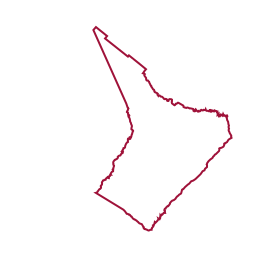 outline of San Javier, Córdoba, Argentina, rotated 38°
{"feature_id": "61730980B55835159827036", "entity_name": "San Javier", "entity_type": "district", "adm_level": 2, "iso_a3": "ARG", "parent_name": "Argentina", "parent_adm1": "Córdoba", "projection": "orthographic", "projection_center": [-65.109, -32.093], "detail": "fine", "context": "isolated", "style": "outline", "palette": "rose", "viewbox_px": 256, "rotation_deg": 38, "n_neighbors": 0, "source": "geoboundaries", "source_scale": "gbopen_adm2", "svg_char_len": 5835}
<svg xmlns="http://www.w3.org/2000/svg" viewBox="0 0 256 256"><g transform="rotate(38 128 128)"><path d="M215.6,72.2L215.2,72.0L215.2,71.6L214.5,71.2L214.0,70.4L211.3,69.4L210.5,68.8L209.9,68.6L209.0,68.1L208.4,67.4L208.0,66.3L207.2,65.9L206.3,64.8L206.1,64.0L204.7,63.1L203.1,61.5L201.3,60.7L199.7,59.3L199.3,59.2L199.1,58.7L199.2,57.8L199.0,57.5L198.3,57.1L197.5,58.0L197.5,58.6L196.4,58.6L196.3,59.0L196.2,59.2L195.4,58.7L195.1,58.8L194.5,58.5L194.8,59.2L194.8,59.7L194.5,59.5L194.4,59.2L194.2,59.2L194.1,59.6L193.7,59.7L193.6,59.9L194.0,60.3L193.7,60.7L193.3,60.7L192.7,60.5L192.3,60.5L192.2,60.8L192.4,60.7L192.8,60.9L193.2,61.2L193.2,61.5L192.9,61.7L193.2,62.1L193.2,62.3L192.8,62.6L192.3,62.4L192.3,62.8L191.3,62.5L191.0,62.1L190.7,62.2L190.5,61.7L190.4,62.1L190.3,61.9L190.1,61.9L189.9,61.6L189.3,61.2L188.9,60.5L188.6,60.2L188.3,60.5L188.1,60.1L187.7,60.5L187.0,60.3L186.3,60.8L185.5,60.8L185.5,61.1L185.6,61.5L185.6,62.0L184.9,62.2L184.0,62.0L183.8,62.3L183.9,63.2L183.6,63.9L183.3,64.1L182.5,63.0L182.3,62.8L182.0,62.9L181.3,63.5L181.4,63.9L181.9,64.2L182.0,64.4L181.9,64.6L181.5,65.0L180.2,65.4L179.3,66.1L178.5,66.0L177.7,65.5L177.9,66.2L177.8,66.4L177.0,66.9L176.4,67.1L176.3,67.4L176.2,68.1L174.5,68.6L174.4,68.9L174.6,69.9L174.5,70.3L173.4,71.7L173.0,71.2L172.6,71.9L171.8,72.1L169.8,71.6L169.8,71.9L170.6,73.3L170.4,73.7L169.8,74.1L168.9,74.1L168.1,73.0L167.6,72.9L165.2,74.0L164.4,74.7L163.9,74.7L162.4,75.2L162.0,75.5L161.5,76.4L160.7,76.6L159.8,77.1L158.7,77.2L158.2,76.5L157.7,76.3L152.2,77.1L151.7,77.4L151.4,78.9L150.8,79.3L150.7,79.6L150.9,80.2L150.9,80.9L150.7,81.4L150.3,81.5L147.5,81.5L146.4,80.6L146.3,80.0L145.2,78.6L144.4,78.7L143.0,79.6L142.8,79.9L142.9,80.9L143.2,81.8L142.8,82.2L142.1,82.4L141.3,81.9L141.3,81.6L140.6,81.5L139.7,81.9L139.4,82.5L139.0,82.8L138.4,82.9L137.7,82.6L135.8,82.4L135.1,82.6L134.4,83.1L132.9,82.9L132.6,83.1L132.6,83.3L132.2,83.7L132.2,84.0L131.5,83.7L130.9,83.7L130.5,83.4L130.4,82.7L129.5,82.6L128.0,83.0L127.2,83.2L126.7,82.9L126.3,83.0L125.8,82.4L125.2,82.0L124.8,81.9L124.1,82.1L122.6,81.6L122.1,81.3L121.0,81.1L120.7,81.0L120.4,80.5L119.4,80.4L118.2,79.7L117.5,79.5L116.2,78.6L115.8,78.7L114.5,78.3L113.5,79.0L113.0,78.9L112.6,78.7L111.4,77.4L108.9,76.7L108.4,76.4L108.1,76.1L108.1,75.2L107.0,75.1L106.1,75.6L105.9,72.9L106.0,70.6L98.3,70.4L84.0,70.2L84.0,71.8L54.8,71.6L54.9,68.4L40.6,68.2L40.4,72.1L111.6,109.8L115.1,112.1L115.5,112.0L115.9,112.4L116.3,112.4L116.6,113.6L116.8,113.8L117.1,115.8L117.3,116.1L118.4,115.9L118.7,116.0L119.1,116.8L120.1,117.4L120.6,118.1L120.8,118.0L120.9,117.2L121.3,117.3L121.5,117.5L121.5,118.5L121.7,118.9L123.3,119.4L125.1,120.9L125.7,121.6L127.3,122.3L128.2,123.1L129.4,123.6L130.3,124.6L130.4,125.2L131.3,126.8L131.5,126.9L132.2,126.9L132.5,126.8L133.0,127.0L133.6,126.9L133.9,127.2L134.0,128.3L134.3,128.7L134.6,129.7L134.9,130.1L135.2,131.5L135.7,132.2L135.8,132.8L136.1,133.3L136.2,133.6L135.3,133.9L135.1,134.1L136.3,135.3L136.2,135.4L136.1,135.7L135.0,135.7L134.7,135.9L134.6,136.5L134.9,137.1L135.4,137.5L135.9,138.4L136.4,138.8L136.6,139.0L136.5,139.4L136.3,139.5L136.1,140.5L136.3,142.1L136.8,143.8L137.5,144.9L137.6,145.3L137.5,145.9L136.9,146.5L136.8,146.8L137.4,147.8L137.3,148.3L137.4,149.4L137.8,149.6L138.1,149.4L138.4,149.5L138.4,149.9L138.2,150.2L137.8,150.4L137.7,150.6L138.0,150.7L139.0,150.6L139.2,151.2L138.7,152.0L138.6,153.0L138.9,154.2L138.8,154.5L138.2,155.1L137.8,155.8L137.7,157.1L138.3,157.6L138.4,158.3L138.4,158.9L137.9,159.7L137.7,160.7L137.2,161.2L137.2,163.4L137.6,164.3L138.4,165.2L138.6,165.2L139.1,166.0L140.1,166.2L140.3,166.4L141.0,168.3L141.6,169.3L141.4,169.8L141.5,170.2L142.2,170.3L142.9,171.3L142.5,171.9L142.3,172.6L142.4,174.3L142.6,175.0L142.8,175.3L143.4,175.4L142.8,176.0L143.3,176.9L142.4,178.5L143.4,178.7L143.8,179.3L143.4,179.5L142.4,179.8L142.0,180.2L141.8,181.3L142.2,182.6L141.3,183.3L141.3,183.9L140.7,184.5L140.6,184.9L140.9,185.7L140.8,186.3L140.9,186.9L141.7,187.6L142.0,188.3L142.3,188.6L142.2,190.4L142.5,190.8L143.1,191.1L143.6,191.9L143.6,192.2L143.6,193.1L143.2,193.6L143.1,194.1L143.2,196.3L143.1,196.7L143.3,197.0L143.2,197.4L143.3,198.0L142.6,198.9L174.7,195.2L176.9,195.5L179.8,196.4L180.5,195.9L181.4,195.8L181.6,195.6L182.2,195.7L182.3,195.4L183.0,195.3L184.3,195.7L184.8,195.6L185.1,195.8L185.5,195.6L187.5,196.3L189.1,196.2L189.3,196.0L189.7,196.1L190.2,195.8L191.7,195.8L191.8,195.7L192.9,195.9L193.9,195.8L194.3,196.0L195.7,196.1L198.1,195.3L200.9,196.4L201.3,196.7L201.6,196.6L201.7,197.1L203.2,197.5L204.0,196.9L204.5,196.9L205.3,196.5L206.2,196.5L207.5,196.0L208.1,194.9L208.3,194.3L209.2,193.7L208.9,193.3L208.8,192.5L208.4,192.0L208.5,190.1L208.3,189.6L207.6,189.3L207.9,188.4L208.1,188.5L207.8,187.4L207.0,185.6L208.0,185.7L208.3,183.0L208.2,182.4L208.2,181.0L207.9,180.8L208.5,180.8L208.4,179.9L209.0,180.0L208.9,179.3L208.7,178.9L208.2,178.8L208.1,178.1L207.3,176.9L208.0,177.1L208.1,176.3L207.9,175.2L208.4,175.0L208.4,174.8L208.4,172.9L208.8,172.4L209.3,172.3L209.5,172.1L208.7,171.6L208.7,171.3L208.1,170.5L207.6,170.6L207.2,170.4L206.8,169.3L206.8,168.8L207.2,168.4L207.1,168.1L207.0,166.9L207.2,166.1L207.2,165.4L207.5,164.6L207.8,164.6L207.8,162.7L207.7,161.8L207.3,161.4L207.3,159.5L207.6,158.0L208.5,156.6L209.0,154.6L208.8,153.2L208.9,151.4L209.3,150.3L209.3,149.2L210.1,147.1L210.0,146.5L208.6,143.4L208.8,142.5L209.2,142.2L209.3,139.5L210.0,135.7L210.5,134.2L210.6,131.1L211.8,129.2L212.6,126.7L213.6,119.7L213.4,116.1L214.3,114.3L213.8,112.6L214.3,110.2L213.3,108.8L212.8,108.3L212.4,108.2L212.3,107.5L212.0,106.9L211.9,104.6L212.3,101.9L212.8,100.4L213.0,99.3L212.7,98.1L213.0,96.7L212.8,95.6L213.3,94.5L213.9,90.1L213.5,89.0L212.5,88.0L212.8,87.2L213.8,86.1L214.5,84.5L214.7,83.7L214.3,82.2L213.5,81.3L213.5,80.6L214.2,80.1L214.2,79.3L214.7,78.2L214.4,75.5L214.7,74.3L215.6,72.2Z" fill="none" stroke="#9f1239" stroke-width="2"/></g></svg>